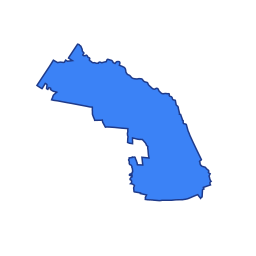 Tiganasi, Iasi, Romania (Equal Earth projection), rotated 211°
{"feature_id": "2599482B17220998825141", "entity_name": "Tiganasi", "entity_type": "district", "adm_level": 2, "iso_a3": "ROU", "parent_name": "Romania", "parent_adm1": "Iasi", "projection": "equal_earth", "projection_center": [27.471, 47.35], "detail": "fine", "context": "isolated", "style": "filled", "palette": "blue", "viewbox_px": 256, "rotation_deg": 211, "n_neighbors": 0, "source": "geoboundaries", "source_scale": "gbopen_adm2", "svg_char_len": 5790}
<svg xmlns="http://www.w3.org/2000/svg" viewBox="0 0 256 256"><g transform="rotate(211 128 128)"><path d="M117.4,175.0L120.1,175.6L120.8,175.9L121.9,176.7L122.7,177.1L123.4,177.0L124.1,176.7L124.4,176.3L124.8,175.6L125.0,175.2L125.3,174.9L126.1,174.6L126.5,174.5L127.3,174.4L127.8,174.5L131.8,175.3L132.5,175.5L133.1,175.8L134.1,176.6L134.8,176.9L135.4,176.8L137.0,176.3L138.0,176.2L138.5,176.2L139.2,176.4L139.6,176.5L140.7,177.1L141.3,177.1L142.0,177.0L144.0,176.0L145.0,175.1L145.6,174.6L147.5,173.7L149.1,173.1L149.9,173.0L150.3,173.0L151.0,173.1L152.7,173.7L153.6,173.9L154.0,173.9L155.5,173.7L156.1,173.7L156.7,173.9L158.0,174.5L158.7,175.0L159.9,176.5L160.7,177.3L161.7,177.8L162.2,178.0L163.8,177.9L165.0,177.8L167.7,177.3L168.1,178.7L168.3,179.3L168.6,179.8L169.3,180.3L169.7,180.3L170.2,180.2L171.2,179.6L171.6,179.3L171.9,178.9L172.1,178.2L172.4,176.6L174.5,176.4L175.3,177.1L175.8,177.3L176.8,177.5L177.7,177.3L178.6,177.0L179.6,176.8L180.0,176.7L180.7,176.5L181.0,176.2L181.1,175.9L181.1,175.4L181.0,174.8L180.8,173.7L182.3,172.3L183.7,170.8L184.2,170.4L184.6,170.3L185.8,170.1L186.0,170.0L186.5,169.7L186.7,169.3L186.9,168.9L186.9,168.7L186.8,168.3L186.9,168.1L187.0,168.0L187.6,167.8L188.0,167.4L188.8,167.1L190.3,166.8L190.5,166.7L191.4,166.0L192.0,165.8L192.9,165.8L193.7,166.0L195.5,166.1L195.8,166.2L196.0,166.2L196.2,166.5L196.4,167.3L196.4,167.5L196.7,168.0L196.9,168.1L197.4,168.2L198.0,168.1L198.6,168.1L199.1,168.2L200.0,168.8L200.5,169.0L200.8,169.0L201.2,169.0L201.5,168.7L201.7,168.3L201.8,168.1L201.9,167.9L203.2,167.2L203.4,167.1L203.8,167.1L204.2,167.2L204.5,167.6L204.5,168.0L204.4,168.3L204.3,169.0L204.4,169.4L204.6,169.6L204.7,169.8L205.1,169.9L206.2,170.1L206.7,170.4L208.0,172.0L209.0,172.7L210.1,173.5L210.8,173.9L211.2,173.9L211.9,173.9L212.8,174.3L214.3,174.0L214.4,173.7L215.1,157.9L215.0,157.3L210.4,157.1L214.2,154.1L216.4,154.1L216.4,151.7L216.7,151.3L217.0,151.0L217.6,150.7L220.0,149.6L221.8,148.0L222.1,147.8L226.9,147.7L227.0,140.6L228.0,117.6L226.8,117.5L222.6,117.4L222.2,117.4L221.9,117.5L221.9,123.6L220.1,123.6L219.9,123.5L219.6,123.1L219.1,122.1L218.7,121.1L218.1,119.8L216.6,119.8L216.6,121.9L215.2,122.2L214.7,122.2L214.3,121.1L213.0,121.0L211.0,121.0L208.2,121.9L207.5,122.0L207.7,121.5L208.2,120.0L208.8,118.0L208.8,117.1L208.7,116.7L208.5,115.7L208.3,115.0L208.2,113.9L208.0,112.8L205.8,113.5L202.4,115.0L194.0,118.1L189.1,120.0L174.7,125.3L171.8,126.3L169.3,127.5L168.8,126.8L168.4,125.9L167.7,124.8L166.7,123.4L166.3,122.6L165.4,121.3L162.9,119.3L161.4,118.3L160.5,117.4L156.2,120.1L155.1,120.8L154.1,121.6L153.2,120.5L152.6,119.9L147.9,117.1L147.7,117.1L147.0,117.8L144.1,119.4L139.6,121.7L133.4,124.6L127.8,127.4L127.5,127.0L127.1,126.1L126.6,125.3L126.3,124.9L126.2,124.6L126.1,124.2L125.7,123.1L125.4,122.5L125.1,122.3L124.6,121.5L124.3,121.2L123.7,120.8L123.4,120.4L122.9,119.1L121.0,115.6L120.9,115.4L118.9,115.7L117.5,116.3L116.0,116.9L116.6,117.9L117.2,119.0L117.6,119.4L119.0,121.8L113.9,123.4L111.9,124.3L111.3,124.8L110.9,124.9L109.9,125.5L109.8,125.4L109.4,125.4L108.9,125.3L106.4,124.5L105.4,124.2L104.5,123.7L103.2,122.7L101.5,122.4L101.2,121.7L100.8,121.0L99.4,119.3L98.5,118.0L96.6,115.4L94.6,113.1L101.0,110.1L96.3,103.9L101.0,101.3L101.3,101.6L102.1,102.7L103.3,103.6L104.0,104.3L105.5,105.3L106.1,105.9L106.6,106.3L106.8,106.5L107.4,106.5L108.4,105.7L108.6,105.7L109.2,105.5L109.4,105.3L109.2,104.9L111.6,103.0L111.2,102.4L111.1,101.0L110.7,100.6L110.4,100.4L109.8,100.1L109.5,99.7L108.7,98.3L108.3,97.9L108.0,97.8L107.6,97.6L106.7,97.8L106.0,97.6L105.3,97.3L104.8,97.0L104.4,96.2L104.1,96.0L103.6,95.7L103.1,95.2L102.9,94.8L101.8,93.5L101.6,93.0L101.4,92.4L101.6,92.3L101.6,92.2L101.2,91.0L101.2,90.9L101.4,90.8L101.3,90.7L101.7,90.4L102.1,90.0L102.3,89.7L102.6,89.5L102.5,89.2L102.7,88.6L102.5,88.3L102.2,88.3L101.3,88.5L100.3,88.6L100.5,89.0L100.7,89.4L100.2,89.6L99.7,88.8L99.4,88.2L99.5,87.8L99.8,87.4L99.9,87.1L100.1,85.8L100.0,85.4L99.6,84.8L98.2,84.9L97.0,83.6L96.9,82.3L97.0,81.9L97.1,81.6L95.6,82.2L95.4,82.3L92.9,82.1L92.7,81.7L92.5,80.1L92.3,79.5L90.1,76.6L89.9,76.5L89.7,76.5L87.7,77.3L83.8,78.8L83.6,78.2L77.6,80.2L77.5,79.5L77.5,79.1L77.4,78.2L77.5,78.1L77.4,77.7L77.4,77.4L76.8,76.6L76.7,76.3L76.4,75.7L75.2,76.2L73.8,76.8L73.2,77.2L72.3,77.6L71.4,78.2L70.8,78.4L70.4,78.7L69.0,79.3L63.7,81.9L62.3,82.9L62.1,83.1L61.9,83.4L53.6,88.4L50.1,91.0L47.3,92.8L44.2,94.7L43.0,95.8L42.4,96.2L40.4,98.1L38.2,101.0L37.6,101.9L34.5,106.1L33.9,106.8L33.1,106.4L29.5,105.1L29.5,105.5L29.5,106.2L29.1,106.8L29.0,107.1L32.3,113.4L32.3,113.7L32.2,113.9L31.5,114.8L32.8,115.9L28.0,121.7L28.7,122.2L29.4,122.9L29.6,123.3L29.7,123.6L29.7,123.9L29.6,124.4L29.3,125.1L30.0,125.3L31.1,126.0L31.5,126.3L32.2,127.1L32.8,127.7L33.8,128.6L34.0,131.1L35.1,131.1L36.0,131.2L36.2,131.3L36.3,131.5L36.4,131.9L36.4,132.3L36.9,133.0L37.1,133.1L38.9,133.4L39.6,133.4L41.0,134.0L41.4,134.1L41.9,134.1L42.5,133.9L44.5,133.4L45.2,133.3L45.5,133.3L45.8,133.5L46.4,133.5L46.5,133.5L46.9,133.9L47.2,134.1L47.8,134.3L48.1,135.0L48.7,135.6L49.4,136.0L49.5,136.5L49.3,137.0L49.0,137.5L48.8,138.4L48.8,138.7L56.8,143.9L64.8,149.2L71.4,153.7L72.7,154.8L75.1,156.5L79.9,161.1L80.0,161.1L80.5,160.9L80.8,161.0L82.3,160.5L83.1,160.6L83.8,161.6L84.1,162.1L84.6,162.8L85.4,162.7L85.6,163.1L86.6,164.0L89.9,166.7L91.0,166.3L91.1,166.6L91.5,167.2L95.0,170.8L95.4,171.4L95.9,171.8L96.4,172.2L97.2,172.3L98.3,172.5L98.8,172.8L99.8,174.0L100.6,174.8L101.4,175.8L101.6,176.0L101.9,176.1L102.1,176.1L102.9,175.7L103.7,175.5L104.4,175.5L104.9,175.8L105.1,176.0L105.3,176.3L105.6,176.6L106.3,177.0L106.9,177.1L107.3,177.1L108.6,176.8L109.2,176.9L109.5,177.2L109.9,178.1L110.1,178.3L110.5,178.5L110.8,178.4L112.2,177.5L113.1,177.2L114.0,176.7L114.9,175.9L115.5,175.5L116.6,175.0L117.4,175.0Z" fill="#3b82f6" stroke="#1e3a8a" stroke-width="1.5"/></g></svg>